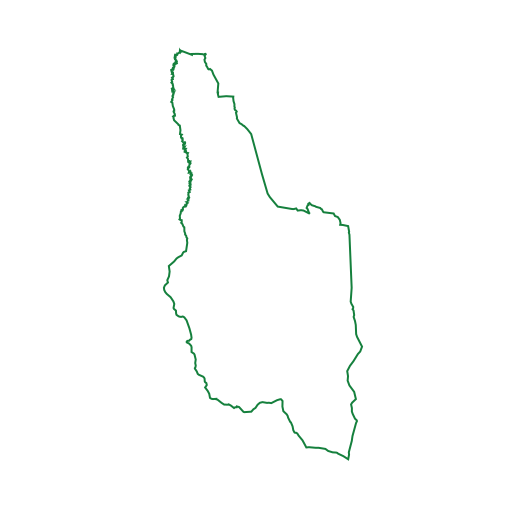 outline of Agapia, Neamt, Romania, rotated 262°
{"feature_id": "2599482B12008574205050", "entity_name": "Agapia", "entity_type": "district", "adm_level": 2, "iso_a3": "ROU", "parent_name": "Romania", "parent_adm1": "Neamt", "projection": "robinson", "projection_center": [26.288, 47.161], "detail": "fine", "context": "isolated", "style": "outline", "palette": "green", "viewbox_px": 512, "rotation_deg": 262, "n_neighbors": 0, "source": "geoboundaries", "source_scale": "gbopen_adm2", "svg_char_len": 6103}
<svg xmlns="http://www.w3.org/2000/svg" viewBox="0 0 512 512"><g transform="rotate(262 256 256)"><path d="M100.4,335.0L107.8,334.3L114.8,330.5L119.8,329.4L124.2,330.4L129.3,330.3L134.2,333.8L138.2,337.8L144.8,343.3L146.9,345.9L151.5,348.4L161.9,344.8L164.7,344.3L173.8,345.2L177.8,345.0L182.1,344.2L183.8,345.0L188.5,345.0L189.9,344.2L190.7,344.9L192.0,345.2L195.5,343.8L197.6,343.4L211.2,346.3L264.1,351.5L266.3,351.2L267.0,351.6L272.8,351.4L274.6,346.4L275.2,343.7L276.8,344.3L280.2,344.0L283.2,342.4L284.6,339.8L287.3,338.8L289.9,329.1L290.5,328.6L293.1,327.7L293.5,327.0L294.6,326.3L296.3,322.4L297.1,321.4L298.5,318.4L300.3,316.8L301.1,316.4L300.5,315.1L299.2,315.1L299.0,314.2L296.5,312.8L295.4,313.6L291.8,314.4L290.4,315.1L294.4,309.4L295.1,307.0L295.2,303.6L297.5,302.4L297.2,299.9L297.5,298.3L301.9,284.4L312.4,277.9L316.2,276.2L336.2,273.3L377.4,268.2L382.9,265.0L386.5,262.3L386.6,261.8L388.5,260.1L389.9,258.2L394.8,256.2L396.0,256.5L400.7,256.1L401.6,257.0L402.6,256.6L403.5,255.6L404.8,255.2L406.1,255.7L406.9,255.4L409.4,255.8L412.5,255.3L415.8,255.4L417.0,255.7L418.4,248.8L418.8,241.1L421.4,240.8L423.2,241.2L423.3,240.7L432.1,242.7L441.6,239.1L445.7,238.2L447.6,236.5L447.3,235.4L447.8,234.7L450.6,233.7L451.4,233.2L453.1,233.5L455.3,232.4L457.6,232.3L459.1,233.4L461.0,233.0L461.8,233.3L462.8,234.3L463.2,234.1L463.2,233.4L462.7,232.2L463.3,231.2L464.3,226.5L465.0,220.4L464.2,220.4L469.3,211.1L468.9,210.8L470.1,209.7L469.2,209.4L469.8,209.2L467.9,208.7L468.0,208.1L467.3,206.9L467.5,206.2L466.2,205.9L466.6,203.9L465.7,203.6L465.1,204.3L464.7,203.8L464.9,203.5L464.1,203.0L463.8,203.0L464.0,203.8L463.6,204.0L462.0,203.2L461.1,204.1L460.2,203.7L460.1,204.1L460.4,204.4L459.8,204.7L459.3,204.7L458.4,204.2L457.8,204.4L457.6,203.8L458.3,203.6L458.1,203.1L458.4,203.0L457.7,202.6L458.2,202.0L457.8,201.3L456.7,201.4L456.8,200.8L456.6,200.7L455.5,201.8L454.6,201.4L454.3,200.5L453.8,200.8L452.1,200.2L451.9,199.9L453.0,199.4L452.3,199.0L452.0,197.9L449.7,198.2L449.8,198.7L449.3,199.3L448.4,199.2L447.8,198.3L447.3,199.2L445.5,199.4L444.4,198.5L444.6,198.1L444.3,197.7L443.7,198.2L442.7,198.3L442.4,197.0L441.4,196.9L440.0,197.3L439.4,196.4L437.7,197.6L436.9,197.3L436.0,197.6L434.4,197.4L433.9,196.7L433.6,197.7L433.0,197.8L432.7,197.4L432.0,198.0L432.0,197.1L431.3,196.6L431.7,196.0L430.7,196.0L430.9,196.7L430.2,196.7L429.8,197.7L429.1,197.0L428.7,197.2L428.0,196.9L427.8,196.4L427.0,196.5L426.4,195.7L425.9,195.5L424.9,196.0L422.8,194.6L422.1,195.0L420.4,193.5L419.5,194.5L416.1,194.5L412.5,195.4L411.5,195.0L411.1,195.2L410.7,194.5L410.2,194.5L408.0,195.3L406.3,195.3L406.4,194.3L405.7,193.3L405.1,193.8L404.2,193.5L401.8,193.8L397.2,197.4L396.6,197.5L395.8,198.7L391.1,198.7L387.3,197.7L386.5,199.4L385.6,198.5L384.1,198.2L383.0,198.6L383.3,199.1L382.8,199.7L380.7,199.5L380.0,198.8L378.2,200.1L378.6,201.4L378.1,201.6L377.3,201.4L376.4,200.7L376.6,199.6L376.2,199.2L375.7,199.2L375.6,199.8L373.1,199.0L373.6,200.3L372.4,199.5L371.7,199.8L372.0,200.6L371.9,201.2L371.4,200.7L369.9,200.9L369.5,199.9L369.1,199.8L368.7,200.7L369.3,201.3L367.8,201.5L367.4,202.9L366.5,202.3L364.0,202.3L363.1,201.3L361.5,202.2L358.6,201.9L358.4,202.1L359.5,202.5L359.4,203.0L358.2,202.9L358.6,204.2L356.9,203.8L356.0,204.4L356.7,203.4L355.1,202.5L353.3,202.4L353.1,202.2L353.6,201.3L352.9,200.8L352.1,201.0L351.5,200.5L349.4,201.7L347.8,201.0L347.8,201.8L348.8,202.8L347.3,203.0L347.0,203.5L345.9,202.6L345.3,203.3L345.5,203.8L345.1,204.0L343.4,202.7L344.0,202.4L343.7,202.0L342.9,201.9L343.2,202.3L342.8,202.4L342.4,202.4L342.4,201.7L342.1,201.7L341.4,202.5L340.8,201.7L340.3,201.9L340.2,202.5L339.4,201.8L338.8,201.6L339.3,200.6L338.9,200.3L338.0,200.8L337.4,200.3L336.6,201.2L336.2,201.3L335.6,201.1L335.8,200.5L335.2,199.8L334.5,199.8L333.3,200.8L332.2,199.8L330.9,200.2L330.4,198.7L328.6,199.3L328.2,197.8L326.8,197.8L326.0,197.4L324.5,197.8L323.4,197.0L323.6,197.5L323.0,197.9L322.2,197.1L320.8,196.9L321.0,196.5L319.0,195.5L319.0,194.8L318.5,195.2L317.8,194.8L317.7,195.3L316.4,193.8L315.8,194.1L315.3,193.8L315.0,193.5L315.8,192.8L314.8,192.5L314.8,191.5L314.3,190.7L313.7,190.2L312.1,190.1L311.4,189.6L311.6,189.2L311.3,189.0L311.9,188.7L311.8,188.4L311.1,188.4L310.3,187.7L308.8,187.4L306.4,186.1L303.8,186.0L302.9,185.3L302.3,186.0L301.8,187.4L299.5,187.1L299.2,186.6L297.8,187.6L295.3,188.2L294.4,189.0L290.4,188.5L288.1,189.0L287.1,188.8L285.7,189.7L284.2,189.7L283.0,190.4L281.5,189.8L278.6,189.8L270.5,187.4L270.1,185.1L269.5,184.3L266.9,182.5L265.6,178.9L264.6,177.0L262.0,174.2L258.2,168.3L252.6,168.3L247.9,167.0L244.4,164.8L242.0,165.1L239.6,161.7L237.4,160.4L235.1,160.4L232.9,161.1L230.8,162.4L227.1,165.7L222.5,167.9L219.9,168.4L216.0,167.1L215.0,167.4L213.1,169.1L210.0,168.9L208.8,169.1L207.0,171.0L206.4,172.3L206.1,173.6L206.3,175.0L206.1,175.4L205.2,176.5L201.9,178.3L193.6,180.0L187.2,180.8L184.0,180.8L182.7,180.3L182.3,179.0L181.4,178.0L181.5,176.2L180.7,175.4L180.1,175.4L178.5,177.7L176.1,179.3L174.6,179.5L169.9,178.8L167.9,181.0L166.9,181.4L161.9,181.9L158.4,180.9L156.0,181.1L154.4,180.6L153.4,179.8L152.8,179.9L149.9,181.3L147.4,181.9L146.4,182.8L143.9,186.8L142.7,187.7L141.7,188.0L138.8,187.8L138.1,188.1L137.2,189.1L135.5,189.3L134.9,189.2L132.9,187.3L129.1,189.4L126.1,190.5L121.9,190.7L120.8,192.0L120.3,193.5L120.1,196.7L119.7,196.6L119.1,197.9L115.3,201.5L113.3,203.8L112.6,207.8L112.9,208.3L111.4,210.3L108.5,213.1L109.1,214.3L108.9,215.8L109.7,216.1L108.8,218.2L103.4,221.9L103.0,222.7L102.5,229.7L104.6,232.1L105.6,234.3L108.5,236.9L110.1,239.4L110.4,242.1L109.0,246.5L108.9,248.3L108.2,250.7L110.3,256.8L110.8,260.1L110.6,260.9L108.7,262.1L103.2,261.2L98.5,261.5L94.9,264.4L93.2,265.1L91.5,265.3L86.9,266.8L86.4,267.4L82.3,268.5L78.3,268.7L76.0,269.5L75.5,270.1L75.4,271.1L74.5,272.2L72.2,273.2L67.0,276.4L59.4,279.2L59.3,281.8L57.7,288.7L57.3,291.5L55.3,297.9L52.9,300.3L50.9,304.6L50.2,308.0L49.7,309.1L48.9,309.7L45.6,314.7L41.9,319.0L46.3,320.5L48.7,320.6L59.5,325.1L64.3,326.5L76.6,331.8L78.5,333.0L79.4,332.8L81.1,331.4L86.1,329.8L88.6,329.3L92.1,329.8L95.8,329.5L97.4,330.8L100.4,335.0Z" fill="none" stroke="#15803d" stroke-width="2"/></g></svg>